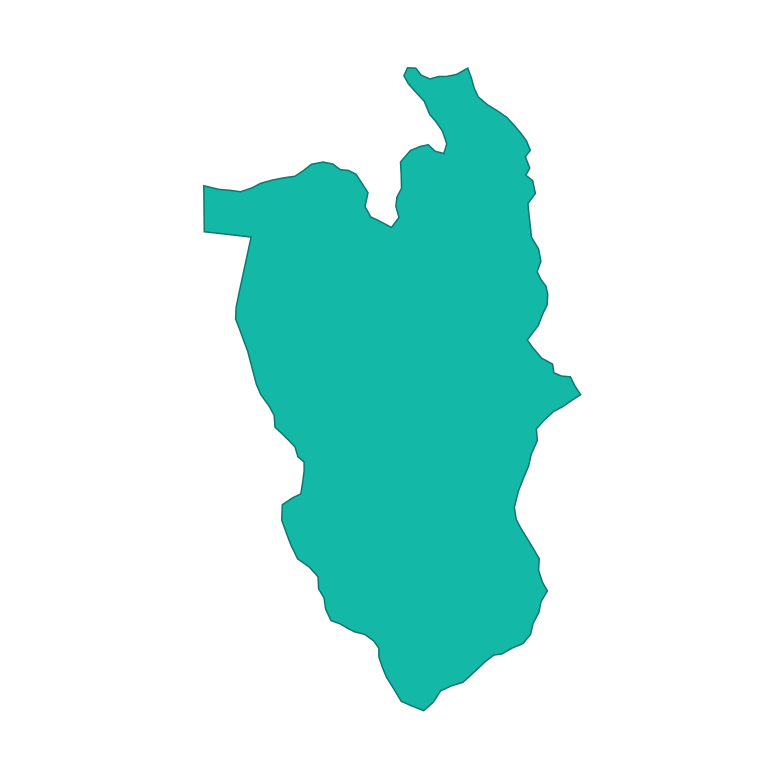 the district of Lontras, Santa Catarina, Brazil, rotated 5°
{"feature_id": "56859067B57169366495150", "entity_name": "Lontras", "entity_type": "district", "adm_level": 2, "iso_a3": "BRA", "parent_name": "Brazil", "parent_adm1": "Santa Catarina", "projection": "orthographic", "projection_center": [-49.504, -27.189], "detail": "fine", "context": "isolated", "style": "filled", "palette": "teal", "viewbox_px": 768, "rotation_deg": 5, "n_neighbors": 0, "source": "geoboundaries", "source_scale": "gbopen_adm2", "svg_char_len": 2144}
<svg xmlns="http://www.w3.org/2000/svg" viewBox="0 0 768 768"><g transform="rotate(5 384 384)"><path d="M439.9,62.0L429.2,69.3L419.5,72.2L411.6,72.9L403.2,76.1L394.1,73.1L388.1,66.5L379.8,67.0L377.0,75.2L382.0,82.7L388.6,89.0L399.4,98.8L406.0,111.4L412.9,118.2L420.2,127.0L425.6,139.3L423.5,149.1L414.6,147.7L407.3,141.8L399.5,144.1L390.0,149.1L381.1,161.4L382.9,174.2L384.4,187.5L380.6,196.7L380.3,205.8L384.4,216.7L377.8,227.4L364.4,221.7L356.2,218.7L349.7,209.0L351.4,194.8L343.6,184.8L337.9,177.5L329.8,174.3L321.7,174.3L313.9,169.3L304.1,168.2L292.6,171.4L285.8,177.8L277.2,184.8L265.5,187.5L254.7,190.7L243.7,194.8L235.6,200.0L224.5,205.0L214.0,204.5L202.6,204.5L187.2,202.2L191.7,248.0L238.8,249.2L231.7,305.6L230.0,320.3L230.5,332.2L234.9,341.0L240.2,352.4L245.4,363.3L256.9,395.5L262.3,405.5L271.1,415.5L277.3,424.8L279.2,436.6L287.5,443.0L294.8,449.1L300.8,454.4L304.6,464.0L311.2,468.7L312.0,477.4L311.6,488.3L310.7,500.8L302.9,505.3L293.2,513.1L294.0,528.6L300.2,542.0L305.5,552.9L313.3,565.8L325.3,572.7L335.1,581.8L336.7,593.8L342.9,602.3L345.5,613.4L351.8,624.3L361.3,626.8L369.4,630.7L376.4,633.5L386.5,635.0L396.2,640.9L401.9,647.6L402.7,656.4L407.2,666.6L412.1,676.0L419.4,685.6L428.9,698.7L439.4,702.2L452.0,706.0L460.9,696.7L467.1,684.8L476.8,679.2L488.7,674.2L498.4,663.7L509.0,651.8L517.1,644.4L524.8,642.7L535.0,635.7L545.1,630.4L551.8,620.7L553.4,609.3L558.2,598.2L559.4,587.2L564.8,575.9L559.1,567.6L554.2,556.1L553.9,544.7L546.9,534.7L539.2,524.2L532.3,514.9L527.4,507.1L524.6,495.3L527.3,478.7L531.4,464.9L535.2,453.2L536.8,441.2L541.7,426.9L539.7,415.5L546.5,406.4L555.1,396.8L564.4,390.7L573.5,383.1L580.8,377.5L574.1,369.0L569.1,360.6L560.0,360.6L552.2,357.9L550.2,349.5L538.8,344.5L529.1,334.9L522.9,327.7L532.7,312.0L536.1,300.2L539.6,291.0L539.3,280.4L536.9,272.6L531.2,266.2L526.7,258.8L529.6,248.0L526.2,236.0L518.2,225.1L515.9,213.5L513.6,202.3L511.7,191.6L518.2,181.0L514.4,168.4L507.1,163.7L510.4,156.2L505.0,145.3L509.4,138.4L504.7,129.3L499.0,122.9L491.7,115.5L483.1,107.7L473.7,102.3L462.7,96.8L452.9,89.8L448.0,81.3L444.3,71.3L439.9,62.0Z" fill="#14b8a6" stroke="#0f766e" stroke-width="1.5"/></g></svg>